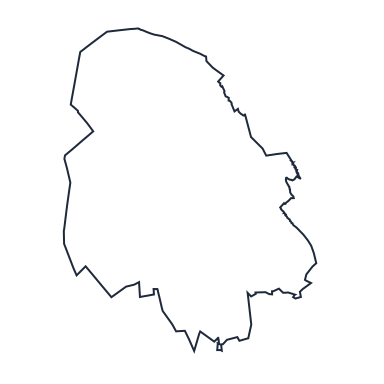 Galeana, Nuevo León, Mexico (Natural Earth projection), rotated 5°
{"feature_id": "50627088B33485633173857", "entity_name": "Galeana", "entity_type": "district", "adm_level": 2, "iso_a3": "MEX", "parent_name": "Mexico", "parent_adm1": "Nuevo León", "projection": "natural_earth1", "projection_center": [-100.187, 24.755], "detail": "fine", "context": "isolated", "style": "outline", "palette": "slate", "viewbox_px": 384, "rotation_deg": 5, "n_neighbors": 0, "source": "geoboundaries", "source_scale": "gbopen_adm2", "svg_char_len": 5265}
<svg xmlns="http://www.w3.org/2000/svg" viewBox="0 0 384 384"><g transform="rotate(5 192 192)"><path d="M69.1,254.8L71.2,259.0L74.5,265.8L78.4,273.8L80.6,278.3L84.3,285.1L92.5,275.3L99.4,282.2L110.7,293.6L120.9,303.8L130.9,295.2L134.6,292.0L138.5,290.7L142.4,289.4L147.1,286.4L149.3,301.1L156.1,299.3L163.0,297.4L162.2,292.0L164.8,291.8L166.0,291.7L166.6,293.4L166.7,293.7L167.2,295.4L167.4,295.9L167.6,296.6L167.7,296.8L167.9,297.4L168.6,299.4L168.9,300.3L172.1,310.2L173.2,313.1L174.2,314.3L177.0,317.5L183.9,325.6L188.3,332.2L197.0,330.9L200.0,335.9L201.9,339.0L202.8,340.7L208.0,350.2L211.5,332.8L212.3,330.2L227.2,339.1L230.7,335.0L231.0,335.2L231.0,336.7L231.3,336.7L231.5,337.4L231.7,338.3L231.7,338.6L231.8,339.2L232.0,340.3L232.2,340.5L232.3,341.1L231.8,341.0L231.5,340.9L231.2,340.7L230.9,340.6L231.0,340.9L230.9,340.9L230.9,347.2L230.9,347.3L234.2,347.0L235.5,347.5L234.3,341.3L236.1,340.9L239.7,336.2L242.5,335.2L249.8,332.6L252.2,336.1L256.8,334.3L260.8,332.8L262.6,318.9L257.8,295.3L256.2,287.6L260.0,290.9L264.4,287.9L264.0,286.6L268.1,286.1L274.0,285.4L277.6,286.9L278.8,287.0L280.7,287.0L280.4,283.9L281.8,283.7L287.0,280.7L291.5,284.4L294.1,284.2L296.4,283.7L302.4,285.0L303.6,285.3L303.3,285.5L303.0,285.7L303.0,286.0L302.9,286.2L302.7,286.4L302.3,287.1L301.9,287.9L304.3,289.1L309.6,287.1L308.2,282.0L310.7,279.1L318.5,272.3L313.0,270.2L312.2,269.7L313.1,264.1L318.6,255.7L322.0,252.1L318.7,242.3L315.4,235.1L314.1,233.4L311.7,230.2L306.8,224.9L299.1,218.2L296.1,216.4L295.8,216.1L294.8,214.4L293.9,214.4L293.8,213.8L292.9,212.6L292.2,212.5L292.0,212.1L291.9,211.7L291.9,211.3L291.7,210.8L290.6,210.4L290.2,209.9L289.1,209.3L288.8,208.5L288.2,207.8L287.5,207.5L287.6,206.4L287.2,206.1L286.7,206.3L286.5,205.4L285.9,204.9L285.2,205.0L285.4,204.2L284.8,203.4L283.9,202.9L283.5,202.6L282.8,202.0L282.4,201.3L282.0,201.1L281.9,200.4L281.2,199.7L284.7,195.1L285.1,195.4L285.4,195.7L285.5,195.8L285.8,195.7L286.1,195.6L286.3,195.4L286.4,195.0L286.5,194.9L286.7,194.4L288.9,192.4L291.2,189.5L293.9,189.2L293.3,187.5L291.5,186.1L290.0,184.2L289.8,183.5L289.7,183.1L289.7,182.2L289.5,181.9L289.4,181.6L289.4,181.1L289.1,180.9L289.0,180.6L289.1,180.1L288.9,179.9L288.8,179.7L288.7,179.2L288.5,178.9L288.4,178.8L288.4,178.4L288.4,178.1L287.9,177.8L287.7,177.6L287.2,176.6L286.8,176.4L286.5,175.8L286.3,175.5L286.1,175.2L285.7,174.6L285.0,173.6L284.7,172.5L284.6,172.2L284.4,171.6L284.5,171.2L284.5,170.4L284.5,170.2L284.5,169.7L285.2,169.5L285.9,170.1L286.4,170.5L287.0,170.6L287.7,171.0L288.2,171.1L288.6,171.2L288.8,171.2L289.1,171.2L289.4,171.3L289.7,171.3L290.0,171.2L291.0,171.7L292.4,170.8L292.9,170.5L294.8,167.4L299.2,169.5L297.5,167.4L297.2,167.4L297.0,167.2L296.8,167.0L296.9,166.6L296.9,166.4L296.8,166.2L296.7,166.0L296.4,166.0L296.1,165.9L296.1,165.7L296.0,165.4L296.0,165.2L296.3,165.0L296.3,164.8L296.1,164.7L295.9,164.7L295.9,164.4L296.0,164.3L296.0,164.2L295.9,164.2L295.6,164.3L295.4,164.3L295.3,164.2L295.1,164.2L295.1,163.9L295.2,163.7L294.8,163.5L294.7,163.4L294.8,163.2L295.0,163.0L294.9,162.9L294.8,163.0L294.7,163.1L294.4,163.0L294.4,162.8L294.4,162.6L294.2,162.4L294.3,162.2L294.5,162.1L294.4,161.8L294.5,161.2L294.8,161.2L294.9,160.8L294.7,160.7L294.4,160.7L293.8,161.0L293.3,160.6L293.3,160.3L293.5,160.2L293.4,160.0L293.2,159.7L293.4,159.3L293.4,159.0L293.1,159.1L293.0,158.9L292.8,158.8L292.6,158.9L292.4,158.9L292.3,158.7L292.0,158.6L292.1,158.3L292.6,157.9L292.2,157.6L292.3,157.3L292.3,157.1L292.2,157.0L291.7,157.1L291.2,156.7L291.0,156.4L291.5,156.4L291.3,156.1L291.4,155.9L291.6,155.9L291.3,155.9L290.9,155.9L290.7,155.6L290.6,155.8L290.2,155.8L290.4,155.5L290.4,155.3L290.2,155.2L290.0,155.3L289.8,155.2L289.6,155.1L289.6,154.9L289.7,154.7L289.9,154.4L289.7,154.5L289.6,154.4L289.7,154.2L289.9,154.0L289.9,153.9L289.8,153.7L289.7,153.7L289.7,153.8L289.5,154.0L289.4,153.9L289.3,153.6L289.3,153.4L289.2,153.3L289.0,153.2L289.1,152.9L288.9,152.8L288.6,152.9L288.6,153.0L288.5,152.8L288.5,152.7L288.6,152.4L288.2,152.2L288.4,152.1L282.8,144.8L273.1,146.8L269.8,147.6L262.8,149.3L260.5,145.7L258.6,142.6L254.0,138.8L246.0,132.1L238.1,110.2L237.7,110.3L237.5,110.9L237.2,111.3L236.5,111.3L235.8,110.9L235.2,110.5L233.9,109.9L231.5,107.9L230.5,105.2L227.3,108.0L224.3,102.1L223.8,101.3L223.8,100.1L223.3,99.4L222.1,98.2L221.5,97.8L220.5,97.7L220.4,95.0L219.1,94.4L217.2,93.8L215.3,90.0L215.6,88.7L212.9,84.0L212.2,84.6L210.8,83.3L210.7,81.1L209.5,80.6L208.4,79.7L209.9,77.7L213.3,73.2L205.2,68.4L201.7,66.2L195.0,60.4L194.2,55.8L192.7,55.5L188.1,53.6L180.9,51.4L179.7,50.9L176.9,49.6L172.8,48.3L166.7,45.5L163.2,43.9L155.6,41.3L148.8,39.3L140.6,38.5L135.8,37.4L135.0,37.1L134.2,36.9L132.3,36.3L131.6,36.1L131.2,36.0L130.9,35.8L128.1,35.0L127.4,35.0L126.8,34.8L126.2,34.7L125.8,34.3L125.4,34.1L124.9,34.2L124.2,33.8L123.2,33.9L121.9,34.2L120.0,34.5L116.1,35.1L111.6,36.0L106.6,37.0L102.2,37.9L95.9,39.2L93.4,39.7L85.1,47.1L79.2,52.4L74.5,56.7L71.5,59.5L68.5,62.2L68.1,66.0L66.5,83.6L65.5,94.7L64.1,109.7L63.6,115.5L68.5,119.0L71.3,121.1L71.5,122.7L72.3,123.3L72.7,123.7L81.4,132.4L84.8,136.2L88.3,140.2L82.7,145.9L79.1,149.5L73.6,155.2L70.0,158.9L64.9,164.0L62.3,166.6L62.0,170.1L64.3,176.3L65.7,180.2L70.0,193.3L69.5,201.8L68.7,217.6L67.9,239.9L67.7,242.1L69.1,254.8Z" fill="none" stroke="#1e293b" stroke-width="2"/></g></svg>